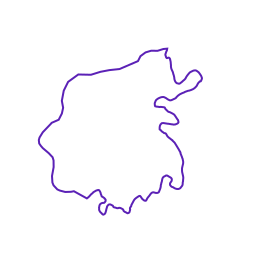 Junggang, Chagang-do, North Korea (Robinson projection), rotated 117°
{"feature_id": "82179303B78642437827574", "entity_name": "Junggang", "entity_type": "district", "adm_level": 2, "iso_a3": "PRK", "parent_name": "North Korea", "parent_adm1": "Chagang-do", "projection": "robinson", "projection_center": [126.877, 41.668], "detail": "fine", "context": "isolated", "style": "outline", "palette": "violet", "viewbox_px": 256, "rotation_deg": 117, "n_neighbors": 0, "source": "geoboundaries", "source_scale": "gbopen_adm2", "svg_char_len": 5710}
<svg xmlns="http://www.w3.org/2000/svg" viewBox="0 0 256 256"><g transform="rotate(117 128 128)"><path d="M158.1,198.4L158.8,198.5L170.5,202.0L176.6,202.5L179.2,202.0L182.1,200.1L183.5,197.5L184.6,194.8L186.4,187.2L188.3,181.9L190.7,179.6L196.6,176.5L205.3,173.9L210.9,170.6L212.9,168.3L213.9,165.6L214.8,163.1L214.7,160.4L213.5,154.9L210.7,149.8L208.9,147.5L209.4,132.7L208.2,132.1L206.6,131.5L203.9,130.8L202.1,130.0L200.9,129.7L200.0,129.1L199.5,128.8L198.9,128.4L198.1,127.9L197.4,127.1L197.0,126.7L196.8,126.5L196.6,125.9L196.6,125.3L197.4,124.0L198.0,123.2L199.1,122.3L200.1,121.1L200.6,120.7L200.9,120.3L200.9,119.7L200.9,119.3L201.1,118.1L201.1,117.7L201.2,117.2L201.6,116.7L201.6,116.3L202.0,115.5L202.2,115.3L202.7,115.1L203.0,114.9L203.4,114.8L204.2,114.9L205.1,115.1L205.7,115.5L206.0,116.2L206.5,116.9L206.9,117.3L207.3,117.6L208.2,118.1L209.2,118.3L210.2,118.2L211.1,117.9L212.0,117.7L212.4,117.4L212.8,117.2L213.1,117.0L213.8,116.7L214.2,116.4L214.5,116.1L215.3,114.9L215.4,114.5L215.6,114.2L215.8,113.5L215.8,113.1L216.0,112.7L216.3,112.1L216.4,111.5L216.5,111.2L216.4,110.8L216.3,110.5L215.6,110.0L215.0,109.7L214.6,109.7L214.0,109.6L212.6,109.8L211.9,110.0L211.5,110.0L210.3,110.4L208.6,110.7L207.8,110.9L207.3,111.0L206.1,110.8L205.2,110.5L204.7,110.1L204.5,109.8L204.2,109.2L204.1,108.8L204.1,108.5L204.1,108.0L204.1,106.4L204.4,105.8L204.9,105.2L205.0,104.8L205.0,104.3L204.6,102.9L204.5,101.7L204.2,100.9L204.0,100.6L203.8,100.3L203.4,100.0L203.1,99.4L202.9,99.2L202.7,98.2L202.7,96.9L202.7,96.4L202.8,95.5L203.0,95.1L203.3,94.9L203.6,94.6L203.8,94.3L204.0,93.8L204.2,92.6L204.1,92.1L204.2,89.9L204.1,89.6L203.8,89.3L203.4,88.9L202.8,88.6L202.3,88.5L199.8,89.0L199.6,89.2L199.2,89.5L198.7,89.8L198.3,89.9L197.4,89.9L196.6,89.7L196.1,89.7L195.2,90.0L194.8,90.0L189.7,89.9L188.5,89.7L188.1,89.6L186.7,89.0L185.0,88.1L183.8,87.4L183.3,86.9L183.2,86.7L183.1,86.4L183.3,85.7L184.0,84.4L184.2,84.1L184.8,82.9L184.9,82.6L184.9,82.1L185.1,81.4L185.2,81.0L185.2,80.3L184.9,79.4L184.7,79.1L184.1,78.9L181.9,78.9L180.6,78.7L178.5,78.2L176.9,78.0L175.6,77.7L174.8,77.3L174.3,76.9L173.9,76.4L173.7,76.0L173.2,73.7L172.6,72.5L172.3,72.2L171.9,71.8L171.4,71.5L170.9,71.4L169.2,71.6L168.7,71.6L167.1,71.8L165.4,72.2L164.8,72.5L164.0,72.8L163.1,73.0L162.8,73.0L162.0,73.3L160.6,73.5L157.8,74.3L157.0,74.4L156.4,74.4L155.9,74.3L154.8,73.8L154.5,73.5L154.1,73.2L153.0,72.5L152.8,72.0L152.6,71.6L152.6,70.3L152.7,70.0L152.7,69.4L152.8,67.5L152.9,67.0L153.2,66.3L153.5,65.9L154.0,65.6L154.4,65.4L155.1,65.2L155.7,65.1L156.3,65.2L157.5,65.4L157.8,65.4L158.8,65.2L159.1,65.0L159.7,64.6L159.9,64.2L160.4,63.1L160.5,62.6L160.5,62.0L160.3,60.6L160.5,59.5L160.5,59.0L160.4,58.0L160.2,57.0L159.6,55.6L159.0,54.9L158.7,54.7L158.3,54.4L157.8,54.1L156.8,53.9L155.2,53.6L154.7,53.5L153.9,53.6L152.9,53.9L152.2,54.3L151.3,54.6L150.4,54.8L150.0,55.0L149.6,55.2L147.3,56.1L146.1,56.9L142.6,59.8L141.3,60.6L139.3,61.6L137.0,62.2L134.8,62.7L133.4,63.3L132.6,63.8L130.5,65.5L129.9,66.3L129.3,66.8L128.7,67.5L128.4,67.9L127.8,68.5L127.2,69.3L126.9,69.6L126.6,69.7L125.9,70.3L125.7,70.7L125.4,70.9L125.2,71.4L123.8,73.4L123.1,74.6L122.8,75.0L122.0,76.4L121.6,76.9L121.3,77.5L119.9,79.8L119.3,81.7L118.9,83.0L118.8,83.3L118.7,83.3L118.6,84.2L118.5,84.9L118.3,85.3L118.3,85.7L118.2,86.2L118.0,87.4L117.6,88.8L117.0,89.9L116.3,90.8L115.8,91.8L115.8,92.6L116.1,93.4L116.1,93.8L116.0,94.2L115.9,94.6L115.8,95.8L115.6,96.5L115.3,97.4L115.0,98.0L115.0,98.7L114.9,99.1L114.7,99.3L112.8,100.2L111.7,100.5L111.3,100.6L110.0,100.6L109.4,100.4L109.0,100.3L108.2,99.9L107.4,98.4L106.8,96.5L106.1,94.4L105.9,94.0L104.9,90.8L104.7,90.4L104.3,89.0L103.5,87.7L103.3,87.4L102.8,87.0L102.0,86.3L101.4,85.9L100.9,85.7L100.1,85.6L99.7,85.8L98.7,86.6L98.5,86.8L98.2,87.1L98.1,87.3L97.7,88.2L96.3,90.6L95.5,92.1L95.3,92.5L95.1,92.9L94.9,94.8L94.9,96.3L94.9,97.8L95.2,99.3L95.1,100.0L94.7,101.3L94.5,101.7L94.4,102.4L94.2,102.7L93.9,103.6L93.4,104.1L93.1,104.6L93.1,104.9L93.3,105.7L93.5,106.2L94.3,108.4L94.5,108.7L94.7,108.9L95.0,109.4L95.5,111.1L95.9,112.0L96.3,113.6L96.1,113.9L95.4,114.5L94.2,115.2L93.8,115.4L93.3,115.5L92.2,115.6L91.1,115.7L90.2,115.6L89.3,115.2L88.0,114.5L87.7,114.3L86.8,113.6L85.5,112.4L85.0,111.7L84.5,110.9L84.2,110.2L84.1,109.1L84.1,107.7L84.4,105.7L84.4,104.0L84.4,103.5L84.0,102.6L83.7,102.2L82.6,101.2L81.6,100.5L80.7,99.7L80.3,99.5L79.9,99.2L79.6,99.1L79.3,98.9L78.3,98.8L77.9,98.6L76.6,98.2L74.6,97.2L73.1,96.1L72.2,95.4L70.9,94.2L70.2,93.8L69.4,93.1L67.6,91.4L66.7,90.2L66.0,89.6L65.7,89.2L64.9,88.6L64.5,88.2L63.7,87.6L62.8,87.1L62.0,86.7L59.8,86.0L59.0,85.9L56.9,85.9L56.6,85.8L55.8,85.8L55.3,85.6L54.0,85.2L53.8,85.1L53.5,84.5L53.2,84.4L52.9,84.3L50.7,84.5L50.1,84.7L49.8,84.9L48.6,86.2L48.2,86.7L47.1,88.7L46.3,90.3L46.2,90.8L46.0,92.1L45.9,92.7L45.9,93.4L46.0,94.0L46.3,94.6L47.2,95.8L49.3,97.4L50.0,97.9L50.4,98.1L51.7,98.5L54.1,99.0L55.5,99.2L57.2,99.3L57.7,99.2L58.1,99.3L59.5,99.7L60.8,100.3L62.5,100.9L63.3,101.3L64.4,101.8L64.9,102.1L65.2,102.4L65.4,102.7L65.5,103.1L65.8,104.4L65.9,104.8L65.8,105.5L65.5,106.3L64.9,107.3L64.0,108.3L62.9,109.2L62.6,109.3L61.5,110.1L61.3,110.3L60.1,111.3L59.6,111.9L58.3,113.0L57.7,113.6L56.9,114.6L56.2,115.5L55.4,116.4L54.0,117.5L52.6,118.2L50.9,119.3L50.2,119.7L49.8,120.0L49.2,120.4L48.0,121.5L47.7,121.6L47.1,122.3L47.0,122.5L46.8,123.3L46.8,123.6L47.1,124.1L47.8,124.7L48.1,125.2L48.0,125.5L47.9,125.7L47.8,126.0L47.0,126.8L45.9,127.9L45.4,128.1L44.5,128.3L44.0,128.3L43.3,128.5L41.1,128.6L39.5,129.1L41.6,132.4L45.8,136.7L48.6,142.4L52.7,146.7L58.3,149.5L63.9,149.5L79.3,162.3L84.9,170.9L90.4,178.0L97.4,185.2L102.9,196.6L114.1,202.3L123.9,202.2L133.8,199.3L139.4,195.0L145.1,193.5L152.1,193.5L158.1,198.4Z" fill="none" stroke="#5b21b6" stroke-width="2"/></g></svg>